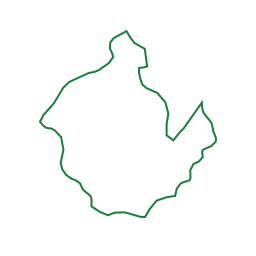 Bingöl, Albers equal-area conic projection, rotated 153°
{"feature_id": "TUR-2308", "entity_name": "Bingöl", "entity_type": "Province", "adm_level": 1, "iso_a3": "TUR", "parent_name": "Turkey", "parent_adm1": "", "projection": "albers", "projection_center": [40.639, 39.029], "detail": "fine", "context": "isolated", "style": "outline", "palette": "green", "viewbox_px": 256, "rotation_deg": 153, "n_neighbors": 0, "source": "natural_earth", "source_scale": "10m", "svg_char_len": 1122}
<svg xmlns="http://www.w3.org/2000/svg" viewBox="0 0 256 256"><g transform="rotate(153 128 128)"><path d="M106.0,54.7L112.1,51.8L116.9,46.1L124.7,48.7L135.5,50.3L146.4,45.5L150.0,42.9L153.4,41.0L157.2,43.2L169.0,54.2L178.2,58.6L185.5,59.4L191.0,65.8L196.2,74.8L192.9,80.8L192.3,84.4L194.2,89.1L194.9,90.4L196.0,93.4L196.1,95.8L195.9,100.6L198.7,105.6L201.0,108.0L204.4,114.1L205.3,121.0L203.9,127.4L195.4,137.9L191.7,150.2L194.4,159.3L197.0,162.9L198.5,163.5L201.1,165.7L202.7,169.5L203.5,173.6L197.5,177.9L182.6,183.8L167.4,193.3L159.4,195.7L138.3,194.9L132.2,193.2L127.9,192.8L115.8,194.5L108.9,198.0L108.2,202.4L108.0,207.1L104.8,212.4L99.8,214.6L85.4,215.0L84.9,207.7L83.7,200.8L77.1,190.9L83.0,174.2L86.8,174.9L90.8,176.5L93.1,172.2L94.7,166.1L95.5,160.3L93.3,155.0L86.0,146.0L83.0,133.7L85.5,122.6L91.7,114.1L96.9,104.0L93.2,96.4L83.1,101.0L78.9,102.2L50.7,117.1L52.8,112.2L53.8,107.0L51.3,95.0L52.1,90.9L53.4,86.9L54.2,79.1L56.0,76.0L62.0,74.1L70.6,74.6L72.3,73.9L73.5,71.3L74.5,68.2L80.0,66.0L86.0,66.2L91.7,62.1L95.1,55.0L97.1,53.4L102.8,54.5L106.0,54.7Z" fill="none" stroke="#15803d" stroke-width="2"/></g></svg>